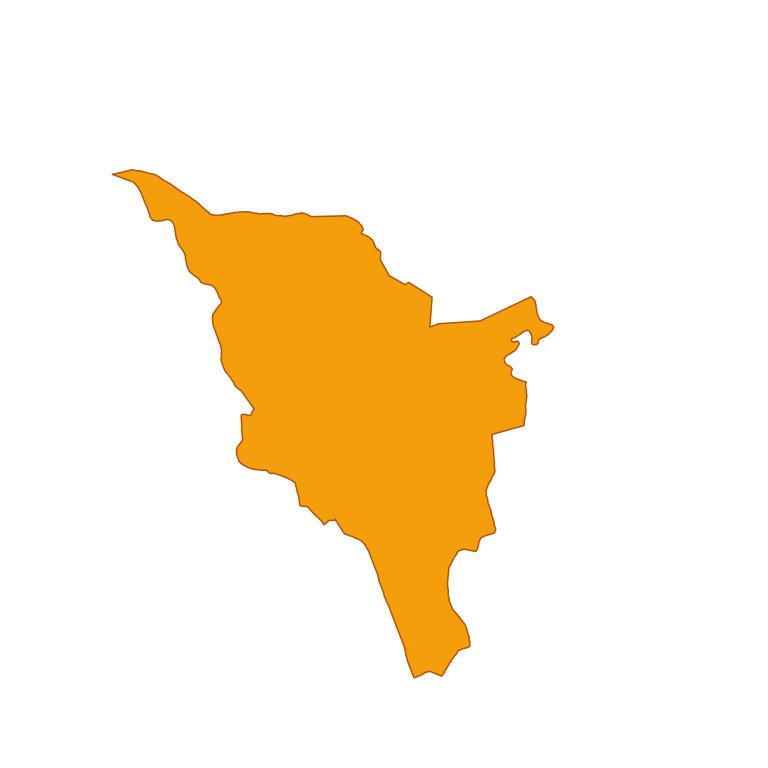 Tibas, San José, Costa Rica, rotated 249°
{"feature_id": "36466004B13959019821859", "entity_name": "Tibas", "entity_type": "district", "adm_level": 2, "iso_a3": "CRI", "parent_name": "Costa Rica", "parent_adm1": "San José", "projection": "orthographic", "projection_center": [-84.08, 9.956], "detail": "fine", "context": "isolated", "style": "filled", "palette": "amber", "viewbox_px": 768, "rotation_deg": 249, "n_neighbors": 0, "source": "geoboundaries", "source_scale": "gbopen_adm2", "svg_char_len": 6151}
<svg xmlns="http://www.w3.org/2000/svg" viewBox="0 0 768 768"><g transform="rotate(249 384 384)"><path d="M555.5,406.3L566.2,376.4L571.7,371.0L572.4,369.5L573.4,368.2L573.4,366.1L574.4,363.2L574.4,359.2L575.0,356.3L575.4,355.4L575.7,352.4L578.6,347.0L579.6,344.1L581.2,341.9L582.6,341.1L582.6,340.1L583.5,339.7L584.2,337.9L584.7,337.4L584.7,336.4L585.2,335.9L585.3,334.9L586.1,333.5L586.2,332.5L587.7,327.8L589.0,326.5L590.1,323.9L592.7,320.2L594.3,316.7L595.3,314.0L595.7,312.1L596.5,310.7L596.5,309.6L597.1,307.1L598.0,305.5L598.0,303.4L598.5,301.6L598.5,299.5L599.4,298.0L600.0,292.2L600.6,291.7L600.7,289.7L602.0,287.4L602.1,286.4L603.6,284.3L605.7,282.1L606.8,282.1L607.5,281.4L609.3,280.6L610.0,279.8L614.6,277.7L616.3,276.6L618.3,276.0L619.9,274.8L622.7,273.6L624.0,272.2L629.3,269.1L632.2,266.4L634.0,265.6L636.0,263.7L638.2,262.2L648.2,255.7L649.3,254.4L650.1,254.0L653.6,250.9L654.5,250.7L655.0,249.8L656.0,249.5L656.4,248.8L657.4,248.8L661.3,245.5L663.2,243.0L665.1,239.7L669.7,233.7L670.6,232.2L671.3,230.4L674.3,225.6L674.3,223.6L674.8,222.7L674.9,219.7L675.4,217.8L675.4,215.8L676.4,210.9L676.4,208.9L677.3,205.2L662.4,222.2L658.3,224.1L654.5,225.1L648.0,225.8L636.8,225.8L635.6,226.1L631.0,226.1L629.1,225.8L625.1,225.8L623.5,225.5L619.8,226.7L617.4,230.4L615.8,235.9L615.8,238.5L614.8,241.5L614.1,242.6L612.6,243.8L609.6,244.8L605.6,244.8L595.5,242.5L587.0,242.2L582.1,243.8L578.3,244.5L575.0,244.5L571.9,243.5L568.7,243.2L566.2,242.5L561.0,242.5L558.4,242.9L553.3,245.6L549.7,248.4L546.1,249.3L544.8,249.4L542.1,251.9L539.4,256.3L537.9,258.4L534.8,260.4L530.4,261.2L524.5,261.2L521.4,261.9L519.4,261.9L517.5,260.7L515.5,256.7L510.8,249.8L509.1,248.4L506.8,247.3L502.6,246.1L498.8,245.5L477.9,245.2L472.9,244.2L472.0,243.5L468.9,242.5L467.1,241.7L466.8,241.2L463.2,240.2L453.3,240.2L451.6,240.9L451.0,240.9L449.9,241.5L446.2,242.4L445.1,243.1L443.2,243.2L439.4,244.2L435.5,244.3L431.6,246.4L429.4,248.1L407.4,253.8L405.8,251.4L402.8,248.6L403.0,246.5L404.8,244.3L406.2,241.7L406.4,240.2L406.0,239.6L404.9,239.0L395.8,236.2L392.4,234.7L383.5,232.4L381.6,230.9L377.6,224.3L376.8,223.9L376.3,223.2L373.7,222.1L370.2,221.1L364.0,220.9L362.0,221.6L360.2,222.6L354.9,226.9L351.3,231.5L348.0,237.8L347.1,239.2L346.1,242.3L344.9,243.8L343.8,244.2L341.4,245.6L340.7,247.0L340.2,248.9L339.3,250.5L337.7,252.0L336.7,253.6L330.8,260.1L329.3,261.2L326.6,263.8L323.5,265.5L322.3,265.5L315.6,264.5L308.2,263.9L302.7,262.2L300.6,262.2L299.9,262.5L298.0,266.2L297.4,268.1L296.1,269.0L288.2,272.0L278.4,276.6L275.5,277.3L274.3,277.3L274.3,278.4L276.2,283.4L275.9,285.4L275.1,286.9L274.6,288.8L274.6,289.7L275.0,289.9L258.2,293.4L252.3,300.4L249.9,302.4L249.4,303.3L248.0,304.7L245.6,306.6L242.1,308.3L241.1,308.3L240.6,308.8L238.5,308.9L237.6,309.3L235.6,309.3L233.6,309.8L206.9,309.8L206.0,309.3L204.0,309.3L203.1,308.9L202.1,308.8L188.7,308.8L186.8,308.3L178.6,308.3L176.7,308.8L130.6,308.8L122.7,307.3L118.7,307.1L117.8,306.7L99.4,306.7L98.9,307.2L98.9,314.4L99.3,315.3L99.4,317.4L99.9,319.2L99.4,323.2L98.9,323.7L98.8,324.7L97.4,325.7L95.7,327.8L90.7,333.0L93.1,337.2L94.0,337.7L95.1,339.4L95.8,339.8L96.1,340.6L97.8,342.6L98.2,343.4L98.9,343.9L100.4,345.7L100.4,346.7L102.1,347.9L106.0,354.7L108.5,357.9L108.6,364.0L108.1,365.9L108.1,369.0L108.3,370.0L109.1,370.5L112.9,371.8L115.0,371.9L116.4,372.8L122.5,372.9L124.5,373.4L130.7,373.4L133.5,372.3L134.5,372.3L136.9,371.3L137.9,371.3L138.8,370.9L139.8,370.8L140.3,370.3L141.2,370.0L143.1,369.7L144.9,368.8L145.9,368.7L148.4,367.4L157.5,367.2L161.5,368.1L164.5,368.3L166.1,369.3L169.0,370.3L170.0,370.3L173.0,371.1L175.8,372.1L176.6,372.7L177.5,372.8L178.9,373.9L179.8,373.9L182.1,375.1L182.9,375.9L183.9,375.9L184.6,376.3L185.2,377.1L187.2,377.6L188.9,378.5L190.2,379.6L190.6,380.5L192.1,382.0L192.5,382.8L194.1,384.1L195.2,385.7L197.3,387.7L199.2,391.2L200.2,391.3L200.3,392.2L201.1,392.6L201.4,393.5L201.4,398.6L200.3,401.3L199.6,401.7L198.8,403.5L196.0,407.5L195.7,408.4L194.7,409.7L195.8,411.4L199.0,414.0L202.5,416.0L203.1,416.8L204.9,418.3L205.3,419.0L206.0,421.8L206.0,426.9L205.5,428.7L205.5,433.9L207.0,435.1L207.5,435.9L209.3,436.4L212.4,436.4L217.3,437.4L223.5,437.4L224.3,437.9L227.3,438.4L235.5,438.4L239.3,439.5L243.4,439.5L245.2,440.4L248.0,441.2L248.6,441.8L249.5,442.3L250.8,443.7L252.4,444.9L253.3,446.3L254.1,446.7L255.7,449.2L257.1,450.7L258.0,451.2L261.4,455.4L262.4,455.5L262.9,456.4L263.9,456.4L265.7,457.2L267.6,457.5L270.4,458.8L275.3,460.0L284.1,462.8L288.1,463.5L291.9,465.1L295.8,465.8L297.7,466.6L298.2,467.1L295.1,499.8L300.4,502.4L304.3,505.2L305.5,505.5L306.6,506.3L308.1,506.9L310.9,507.8L311.7,507.8L314.0,508.8L316.9,510.7L320.6,512.4L320.7,512.8L323.9,513.5L326.2,514.5L327.1,514.5L332.3,515.8L333.7,516.7L334.8,517.0L335.0,517.4L336.0,516.2L336.7,514.8L339.3,512.1L341.8,509.0L344.9,506.8L346.8,506.2L348.1,506.1L349.9,507.1L351.1,508.6L351.8,509.0L353.0,509.0L355.0,508.2L357.1,506.5L357.7,505.7L358.8,505.2L360.4,504.8L363.8,504.8L366.3,507.8L366.4,509.1L366.9,510.6L367.2,513.9L367.6,514.6L368.0,517.4L369.2,520.0L369.6,520.2L369.7,520.6L372.2,523.8L373.4,524.8L375.9,524.6L377.2,519.3L378.5,518.5L379.8,518.5L380.5,520.3L380.6,524.5L381.6,528.0L381.7,529.3L382.0,529.6L382.2,531.0L382.9,532.5L382.9,536.7L382.0,538.2L380.6,538.8L379.0,539.1L374.8,539.1L369.8,536.7L368.2,536.5L366.7,538.0L366.4,539.9L366.1,540.4L366.7,542.2L367.9,543.2L369.0,543.7L369.8,544.5L370.3,546.0L370.3,546.8L370.7,547.5L370.5,551.6L371.1,553.0L371.5,555.8L374.0,560.5L376.1,562.7L376.5,562.8L378.0,562.6L380.0,561.0L381.3,558.9L382.3,558.2L383.7,556.0L386.2,554.0L388.6,552.5L389.4,552.3L395.3,552.3L398.8,553.1L400.1,553.1L403.4,554.2L406.7,554.6L407.9,554.6L412.8,552.8L408.4,496.4L420.7,456.4L420.7,447.2L447.8,460.0L469.9,443.6L469.4,439.0L483.2,427.7L501.1,425.1L508.3,428.2L509.2,428.0L510.9,426.9L511.9,426.7L511.9,425.6L512.9,425.6L514.8,425.1L520.9,425.1L523.7,424.4L524.3,423.8L527.0,422.3L532.1,417.3L533.0,416.9L533.8,417.3L535.1,419.5L536.0,420.0L539.1,420.0L540.9,419.5L542.6,418.5L543.6,418.5L545.9,417.2L547.4,415.8L548.2,415.4L548.6,414.6L549.5,414.2L554.1,409.5L555.0,407.8L555.5,407.3L555.5,406.3Z" fill="#f59e0b" stroke="#b45309" stroke-width="1.5"/></g></svg>